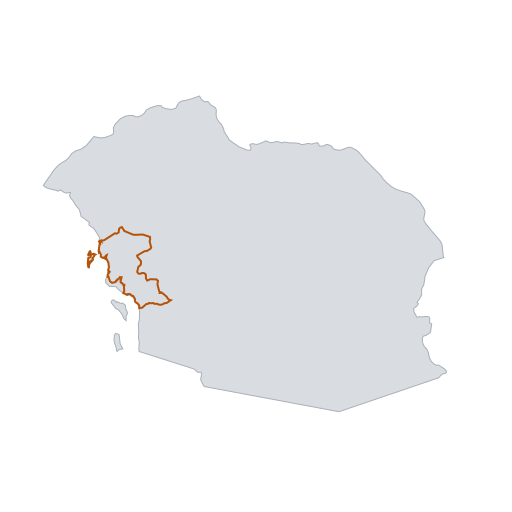 where Pwani sits in United Republic of Tanzania, rotated 162°
{"feature_id": "TZA-3382", "entity_name": "Pwani", "entity_type": "Region", "adm_level": 1, "iso_a3": "TZA", "parent_name": "United Republic of Tanzania", "parent_adm1": "", "projection": "albers", "projection_center": [38.969, -7.175], "detail": "medium", "context": "in_parent", "style": "outline", "palette": "amber", "viewbox_px": 512, "rotation_deg": 162, "n_neighbors": 0, "source": "natural_earth", "source_scale": "10m", "svg_char_len": 5601}
<svg xmlns="http://www.w3.org/2000/svg" viewBox="0 0 512 512"><g transform="rotate(162 256 256)"><path d="M194.2,355.8L188.9,353.1L184.1,351.5L180.2,349.7L178.4,347.9L174.8,347.2L171.6,347.0L168.6,345.3L162.6,344.8L161.9,343.7L161.8,341.1L160.7,340.5L158.5,339.9L156.2,340.0L154.7,340.3L153.9,340.2L151.9,338.7L150.1,336.9L149.3,333.9L146.5,332.0L143.3,330.5L134.5,330.8L133.1,330.4L131.0,328.9L128.5,326.4L126.5,323.6L124.7,319.7L122.8,314.5L112.3,293.8L111.2,289.8L109.1,285.5L105.8,280.1L102.2,276.2L97.5,272.6L92.1,269.1L89.2,266.7L83.6,257.0L82.4,252.4L81.4,247.6L81.7,245.7L85.0,239.5L85.3,237.7L84.9,235.4L83.1,230.5L80.8,224.6L76.3,213.8L75.6,211.1L75.6,209.1L77.9,198.0L77.9,196.5L88.1,196.5L95.4,191.5L101.8,184.1L103.0,181.1L105.6,176.4L108.1,174.1L109.1,172.5L110.5,167.8L113.9,164.6L117.2,162.2L116.4,160.5L116.9,159.9L118.7,158.6L122.2,157.4L122.9,155.0L122.8,152.3L122.2,150.8L122.3,149.0L121.7,148.0L119.4,147.8L116.0,146.5L113.0,146.0L111.1,145.2L110.4,144.6L110.0,143.0L111.6,138.8L109.9,137.1L113.4,130.0L114.0,129.2L115.3,129.0L117.3,128.3L119.2,127.9L120.8,128.1L121.9,127.8L122.9,127.0L123.8,124.6L124.4,120.7L123.9,117.5L122.4,115.0L121.9,111.2L122.5,106.1L122.0,101.9L120.3,98.5L118.5,96.6L115.9,95.7L111.8,90.6L110.5,88.1L110.7,86.6L112.1,85.9L114.7,86.1L117.1,85.4L119.3,84.0L121.5,83.5L122.7,83.7L225.3,82.3L345.3,147.7L345.8,148.5L346.8,154.2L346.6,156.1L344.8,159.4L344.2,161.1L344.2,162.3L344.7,162.8L346.2,163.0L347.6,163.7L348.1,164.4L349.1,166.8L350.4,168.1L395.7,200.6L396.7,201.1L396.1,203.9L393.5,210.5L393.4,213.2L392.4,216.5L391.4,218.7L388.8,228.0L386.6,231.5L383.7,239.7L383.2,245.9L384.8,250.3L385.4,254.4L388.9,258.5L391.7,259.9L393.6,261.7L396.9,266.0L398.8,270.2L404.8,272.3L407.2,277.0L406.3,280.2L403.5,282.9L400.9,287.3L398.8,293.1L398.8,301.8L400.2,300.5L403.3,302.7L403.7,309.1L400.5,316.7L399.5,320.2L399.3,323.2L401.7,332.2L405.2,336.8L405.0,338.2L404.0,339.4L410.1,347.6L409.6,354.6L411.9,360.1L412.9,364.9L414.4,368.5L414.7,371.0L412.8,373.8L417.2,374.5L419.8,376.8L421.1,379.0L424.3,378.9L426.0,380.4L428.5,381.7L434.0,385.4L435.5,387.2L436.4,389.0L421.2,400.5L415.7,403.5L411.7,404.8L407.5,405.6L403.6,407.4L399.8,410.3L395.0,411.7L389.1,411.7L382.9,413.7L373.3,419.7L367.6,416.4L363.2,415.4L358.1,415.5L355.0,415.9L353.8,416.6L352.9,418.6L352.1,422.0L348.7,425.2L342.9,428.3L337.5,429.4L332.6,428.7L329.2,427.4L327.5,425.6L324.9,424.8L321.5,425.0L318.2,426.3L315.2,428.7L310.2,429.7L303.4,429.5L299.7,428.3L299.2,426.3L296.2,424.0L290.7,421.4L286.7,421.3L284.1,423.9L281.8,425.6L279.7,426.2L277.8,426.3L275.0,425.7L267.5,425.4L260.3,425.6L259.6,421.9L258.1,419.6L256.8,418.3L254.3,418.0L253.6,417.0L252.8,414.7L251.5,412.7L249.9,411.1L248.9,409.6L248.6,408.2L248.8,406.6L250.3,402.8L250.7,400.2L250.5,397.5L249.7,394.8L248.0,391.5L248.2,390.6L247.6,388.4L247.5,386.8L247.8,384.9L247.5,382.3L245.9,376.9L245.9,375.5L244.3,372.8L239.5,366.6L239.3,365.8L231.8,359.6L228.8,358.3L227.7,359.5L227.3,360.5L227.7,362.6L227.5,363.6L227.2,364.0L225.4,364.0L224.3,363.8L221.4,362.1L219.2,361.7L213.8,362.1L211.9,362.5L210.4,362.1L207.4,359.3L204.0,358.7L201.0,358.6L195.9,355.4L194.2,355.8ZM405.6,249.3L408.1,256.3L407.7,257.6L406.0,258.4L405.1,258.4L404.0,257.3L403.2,255.0L401.9,255.5L399.6,252.7L397.4,252.6L395.4,249.3L396.2,246.4L395.7,241.4L398.2,238.9L399.5,234.6L401.1,237.5L401.4,242.1L403.5,247.4L405.6,249.3ZM417.6,208.1L417.8,209.7L417.3,211.3L417.4,216.2L417.2,219.5L415.3,224.0L413.8,225.6L412.5,225.1L411.3,224.4L410.5,223.1L412.3,214.8L411.4,208.8L414.9,209.4L417.6,208.1ZM412.4,308.0L410.7,308.5L410.0,308.0L408.9,306.7L410.8,305.5L412.6,303.3L416.8,300.0L418.8,297.4L418.5,299.9L416.1,305.5L414.1,305.9L412.4,308.0Z" fill="#d9dde1" stroke="#a8b0b8" stroke-width="1"/><path d="M403.6,282.1L402.9,284.0L401.4,285.0L401.5,286.2L400.1,286.3L401.0,288.3L399.3,290.8L398.4,295.6L399.3,300.7L397.7,303.0L398.6,302.8L399.4,302.0L400.1,299.8L401.0,300.7L400.5,301.6L402.3,301.6L402.8,302.0L403.8,303.3L403.1,305.6L403.6,308.6L404.3,308.1L404.2,309.1L401.2,315.5L400.5,315.5L400.7,317.7L400.3,317.5L400.1,318.4L399.0,317.5L399.2,318.3L398.5,318.8L398.7,319.1L397.0,318.0L395.4,318.0L383.1,321.2L381.7,320.3L379.4,320.8L377.9,324.0L376.4,324.9L374.6,324.9L373.5,320.5L366.6,314.5L364.8,313.6L357.0,311.4L350.9,306.9L351.7,304.1L352.6,302.9L353.1,296.4L354.1,295.5L358.2,294.5L360.5,295.0L368.9,293.2L369.1,292.0L367.0,286.6L367.8,284.2L368.7,283.0L371.2,282.1L373.9,277.6L373.3,275.7L372.7,275.2L370.7,274.8L369.7,275.1L367.7,274.3L366.5,272.5L367.6,268.6L367.0,266.2L363.7,266.6L357.9,264.5L356.9,262.7L358.5,259.5L359.0,251.9L357.6,250.8L358.3,250.4L356.7,250.0L353.5,244.9L353.2,243.1L352.3,241.4L350.7,240.3L355.6,238.9L357.8,239.4L359.6,238.9L361.9,239.1L363.9,240.1L364.8,241.1L367.4,241.9L368.3,243.1L370.2,243.4L372.3,244.4L373.0,243.9L375.1,244.2L380.4,242.0L383.1,242.5L382.4,245.4L383.5,247.9L384.9,249.2L385.0,251.2L384.4,252.4L385.1,255.8L386.2,256.5L387.2,258.3L388.4,259.1L390.4,259.5L390.7,259.1L389.2,258.4L390.8,259.0L393.7,261.9L392.2,263.2L391.1,267.6L390.2,268.8L390.1,269.3L391.3,269.7L391.5,271.4L392.4,272.0L392.9,273.3L390.4,277.3L392.1,278.0L393.9,276.3L395.0,276.7L395.8,275.7L396.7,275.8L397.5,274.7L401.1,274.9L402.7,277.1L402.7,281.7L403.2,281.6L403.6,282.1ZM418.4,297.0L418.9,297.5L418.3,300.8L416.1,306.0L413.8,306.0L412.9,307.9L411.6,308.4L409.8,308.3L408.4,307.0L409.6,306.8L409.9,306.0L411.9,304.5L412.3,303.8L412.2,302.9L415.8,301.9L414.5,301.5L416.8,300.2L418.4,297.0ZM413.4,308.6L415.2,308.5L415.3,309.0L412.7,311.8L412.2,311.7L412.2,310.4L413.4,308.6Z" fill="none" stroke="#b45309" stroke-width="2"/></g></svg>